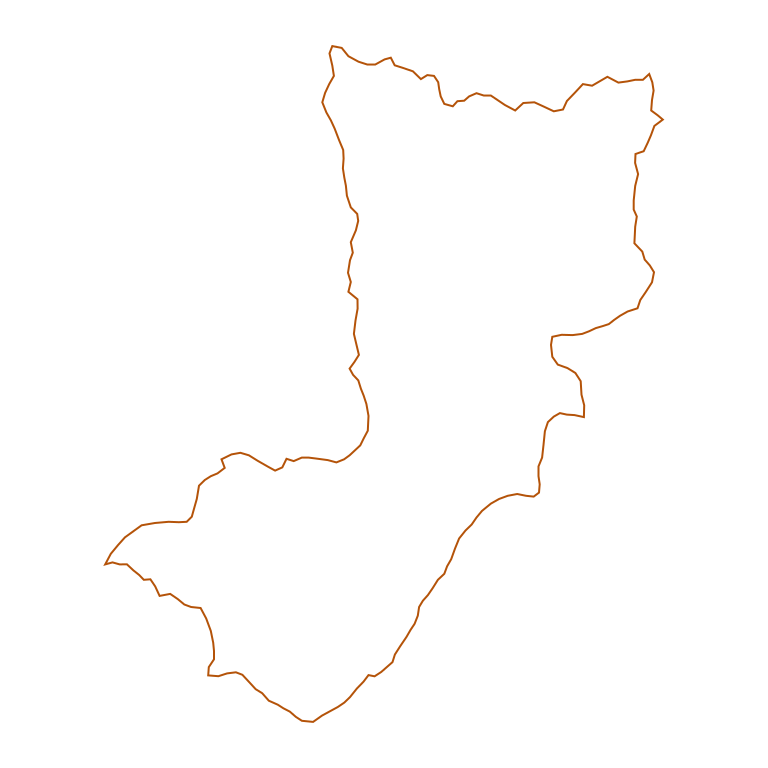 the district of Barão de Cocais, Minas Gerais, Brazil
{"feature_id": "56859067B12176821101651", "entity_name": "Barão de Cocais", "entity_type": "district", "adm_level": 2, "iso_a3": "BRA", "parent_name": "Brazil", "parent_adm1": "Minas Gerais", "projection": "robinson", "projection_center": [-43.5, -19.896], "detail": "fine", "context": "isolated", "style": "outline", "palette": "amber", "viewbox_px": 768, "rotation_deg": 0, "n_neighbors": 0, "source": "geoboundaries", "source_scale": "gbopen_adm2", "svg_char_len": 3172}
<svg xmlns="http://www.w3.org/2000/svg" viewBox="0 0 768 768"><path d="M649.2,74.0L642.9,79.8L635.2,79.8L627.4,81.4L618.4,82.6L607.4,76.8L599.5,81.4L592.1,85.7L582.9,84.1L574.7,92.9L566.9,101.0L563.0,109.5L553.8,111.3L543.8,106.6L534.4,102.3L523.3,103.0L515.2,110.5L504.9,105.0L497.5,100.0L490.8,95.5L483.7,95.5L476.5,93.2L469.1,96.4L464.2,100.7L457.4,101.2L452.8,106.3L444.3,103.9L440.7,96.4L439.2,89.2L438.2,82.2L434.0,75.9L427.3,75.1L420.9,79.1L412.9,71.3L402.3,67.7L394.7,65.3L390.8,57.7L384.6,59.4L375.3,64.5L367.2,64.5L358.5,61.7L348.4,56.2L341.7,47.9L332.3,46.1L329.5,53.4L332.3,65.6L333.9,75.9L329.2,84.1L325.1,92.9L322.3,102.3L326.4,112.5L330.9,120.4L334.7,128.7L339.1,140.2L343.2,150.0L343.6,158.6L342.9,168.4L344.3,177.5L345.9,185.8L346.9,195.7L350.8,207.4L357.2,213.9L358.2,220.9L355.9,230.3L350.8,242.2L352.8,252.7L350.0,260.2L348.0,272.8L350.8,282.0L348.4,291.8L357.5,299.3L357.6,308.7L355.5,320.5L353.9,333.9L356.5,344.9L358.9,354.9L354.4,362.0L349.6,368.6L353.1,374.9L358.3,380.4L360.9,388.7L363.7,395.7L366.4,404.0L368.5,415.9L367.8,430.7L363.7,438.4L360.3,445.3L355.2,450.1L349.6,455.3L344.1,459.3L336.4,462.4L327.8,460.1L315.8,458.5L308.6,457.6L301.8,457.6L293.7,461.1L286.5,458.8L282.3,467.4L275.1,470.6L268.0,466.7L257.7,460.8L248.9,455.3L240.4,452.8L231.5,454.4L221.5,459.3L224.7,467.9L217.5,473.4L210.8,476.2L204.8,480.0L199.0,485.7L196.8,498.9L194.2,508.1L191.8,516.7L186.7,521.8L178.9,522.2L168.6,521.8L154.9,523.0L141.6,525.3L133.3,531.3L125.0,537.3L118.0,545.1L110.8,553.8L105.2,564.4L112.5,562.4L119.7,564.4L126.9,564.3L133.3,570.3L139.2,575.0L143.8,579.8L150.4,579.3L155.2,586.4L159.6,595.9L170.2,593.9L177.8,599.1L184.3,604.5L191.1,607.0L200.6,608.0L206.2,618.5L210.8,630.9L213.2,642.7L214.0,651.0L214.0,659.3L208.8,667.1L208.2,675.4L218.4,676.2L227.1,673.4L235.9,672.3L242.4,674.8L248.8,681.7L255.7,689.2L262.2,693.2L268.8,700.7L277.8,704.7L283.4,708.3L289.8,711.6L295.9,716.9L301.9,720.8L313.1,721.9L322.0,715.6L329.9,711.3L337.8,707.0L344.3,702.6L350.0,697.1L356.9,688.5L363.5,681.7L368.5,675.1L374.6,676.3L381.2,672.0L387.6,666.4L392.5,662.1L394.9,654.5L400.2,646.2L406.5,636.9L410.6,629.8L414.6,623.8L417.8,615.7L419.1,607.0L422.9,600.7L427.9,595.1L432.7,588.1L437.9,579.8L444.3,573.8L447.1,566.3L451.2,559.2L455.0,548.6L459.1,538.5L465.5,530.5L471.7,524.5L476.5,517.5L482.0,510.9L490.9,503.6L499.0,499.0L507.7,495.8L517.2,494.0L526.1,495.8L533.7,496.6L539.0,492.6L539.7,484.3L538.5,476.2L538.5,466.4L542.1,457.6L543.5,445.0L544.9,431.2L547.9,422.1L553.8,416.6L559.9,413.1L566.8,414.6L574.6,415.1L583.9,417.1L584.2,405.3L581.5,394.7L580.7,381.2L575.4,373.0L567.5,368.1L557.8,364.6L552.3,356.8L551.0,344.9L552.3,336.8L561.7,334.8L572.6,335.1L582.2,333.9L589.0,331.3L595.8,328.1L602.7,326.1L608.8,324.1L614.3,319.8L620.0,315.8L627.6,311.5L637.5,308.3L640.3,300.0L645.7,292.1L652.0,282.3L654.0,272.2L649.8,265.4L644.7,259.6L642.3,251.6L634.4,243.3L634.8,235.0L635.2,226.7L636.8,216.5L633.7,209.6L633.7,200.5L635.2,185.9L638.1,174.1L635.1,162.9L635.5,154.0L643.7,151.2L647.7,142.8L650.9,135.4L654.4,125.9L662.8,119.6L657.7,115.3L651.2,110.5L652.0,100.0L653.6,90.6L652.3,82.3L649.2,74.0Z" fill="none" stroke="#b45309" stroke-width="2"/></svg>